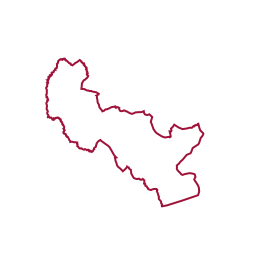 Bawku Municipal, Upper East, Ghana, rotated 147°
{"feature_id": "2480657B67017614982997", "entity_name": "Bawku Municipal", "entity_type": "district", "adm_level": 2, "iso_a3": "GHA", "parent_name": "Ghana", "parent_adm1": "Upper East", "projection": "robinson", "projection_center": [-0.204, 11.042], "detail": "fine", "context": "isolated", "style": "outline", "palette": "rose", "viewbox_px": 256, "rotation_deg": 147, "n_neighbors": 0, "source": "geoboundaries", "source_scale": "gbopen_adm2", "svg_char_len": 5958}
<svg xmlns="http://www.w3.org/2000/svg" viewBox="0 0 256 256"><g transform="rotate(147 128 128)"><path d="M165.3,214.2L166.3,214.0L166.9,214.1L167.0,213.4L166.9,213.1L167.7,213.0L167.6,212.4L168.1,212.0L169.0,212.1L169.1,211.8L168.8,211.6L169.1,211.4L169.4,211.6L169.3,211.2L169.8,210.9L170.0,210.5L170.3,210.5L170.3,209.9L170.6,210.0L170.9,209.3L171.3,209.6L171.4,208.9L172.2,208.4L173.2,206.8L174.4,206.6L174.9,206.1L175.4,204.0L177.6,200.8L178.4,200.5L179.7,198.0L179.5,197.7L179.0,197.7L179.7,195.0L180.3,194.8L180.3,195.0L180.7,195.1L180.8,194.4L182.8,193.5L183.3,192.7L183.5,191.6L184.1,190.3L185.0,189.5L186.1,187.8L185.9,186.9L186.2,186.1L186.2,185.6L186.4,185.3L187.0,185.1L187.8,184.4L188.0,183.6L187.8,182.2L187.9,181.8L189.3,180.9L189.3,180.6L188.1,180.3L187.9,179.1L186.8,178.7L186.6,176.9L186.8,176.4L186.6,176.0L186.3,176.4L186.0,176.0L185.8,176.8L185.3,176.8L185.2,176.2L184.7,176.1L184.4,175.6L183.8,176.0L183.3,175.9L183.0,175.6L182.6,175.7L182.2,175.3L181.8,175.3L181.7,175.0L181.2,175.0L180.7,174.5L180.8,174.0L180.7,173.6L180.3,173.5L180.1,173.0L180.3,172.4L179.8,171.8L180.0,171.6L180.3,171.7L180.2,171.2L180.7,170.7L180.7,170.2L180.3,170.3L180.2,169.0L180.4,167.9L180.6,167.5L180.9,167.4L181.1,167.0L180.5,166.1L181.0,165.5L180.8,164.7L180.8,163.8L181.7,162.8L182.5,162.6L182.3,161.9L182.3,161.4L182.6,161.4L182.7,161.2L182.3,160.8L182.4,160.5L183.1,160.4L183.7,159.9L184.3,159.8L184.3,159.3L184.7,159.2L184.9,158.7L184.7,158.1L183.7,157.0L183.9,156.8L183.7,156.3L184.1,155.4L183.9,154.9L184.2,154.5L184.1,154.0L183.7,154.0L183.7,153.4L183.3,153.0L183.8,149.6L183.6,148.5L184.0,147.7L182.6,147.2L180.6,145.1L179.7,144.6L178.5,143.5L179.1,143.0L179.3,142.7L179.1,142.4L179.1,141.9L179.9,141.3L180.0,140.7L180.4,140.3L179.9,139.6L180.0,138.2L179.6,137.1L179.2,136.8L178.8,136.8L178.0,136.2L177.9,135.4L177.0,134.1L176.5,133.7L175.7,133.8L174.6,132.2L174.5,131.7L173.3,131.6L172.7,130.7L173.1,130.5L173.3,129.6L172.9,129.2L172.3,129.0L172.1,128.6L171.9,128.9L171.6,128.9L171.1,127.7L170.2,127.6L168.5,128.7L168.0,128.6L167.8,129.3L166.9,129.8L165.6,129.6L165.0,129.9L164.3,130.9L163.5,131.2L162.9,132.0L161.6,132.6L159.8,133.1L158.5,133.1L157.6,132.9L157.6,132.1L154.3,123.7L153.9,121.8L154.4,113.3L154.4,111.9L153.9,109.7L155.1,110.2L156.4,107.0L156.9,104.3L157.5,103.1L157.5,101.0L156.5,97.9L155.9,94.5L152.4,95.1L150.2,95.7L149.8,96.1L149.4,95.0L148.9,94.6L148.9,94.3L149.1,94.1L149.1,93.0L148.4,91.3L150.1,87.9L150.4,83.0L148.8,80.7L147.6,79.9L146.4,79.6L146.0,78.9L146.0,78.3L145.5,77.7L144.7,77.2L144.1,77.2L143.9,77.0L143.4,77.2L142.8,75.2L143.6,74.0L144.8,72.7L144.8,72.4L144.0,72.1L144.1,71.4L144.9,70.2L144.8,69.8L144.1,68.9L144.3,67.3L144.0,66.8L144.3,66.1L144.2,65.5L142.5,63.4L141.3,63.3L139.5,62.8L137.5,61.5L137.5,60.8L137.2,60.7L137.1,60.3L137.1,60.0L138.3,59.1L138.7,56.2L139.1,55.7L139.3,54.8L139.3,54.0L139.9,53.3L140.1,52.6L140.4,52.3L140.8,51.6L140.3,48.6L140.4,48.1L141.1,47.1L141.2,46.6L141.0,45.9L141.2,45.0L141.8,44.7L142.2,43.9L141.6,43.5L137.2,41.8L121.3,37.4L105.9,33.5L103.0,35.8L101.4,38.7L100.9,40.0L100.6,41.8L100.5,44.1L100.6,47.9L100.4,48.9L98.1,50.2L97.9,51.1L97.5,51.8L97.3,52.8L98.1,54.0L99.6,55.5L101.3,56.8L105.8,58.5L107.7,58.9L108.6,60.1L108.7,62.0L109.2,64.0L109.5,66.3L109.0,67.7L108.2,68.5L107.5,70.0L104.5,70.4L102.4,71.2L99.3,71.7L93.5,73.5L89.5,72.8L88.7,73.0L84.6,76.0L78.1,76.0L76.8,76.5L72.5,80.0L69.7,80.9L68.0,82.0L67.8,82.7L68.7,86.5L68.1,89.2L66.7,93.3L67.0,93.4L67.7,92.8L68.0,93.0L68.3,92.7L69.2,93.2L69.4,93.5L70.5,93.8L71.1,93.4L71.4,93.6L71.8,93.4L72.1,93.9L74.4,93.4L76.2,94.7L78.8,95.5L82.9,97.4L85.3,100.9L87.4,105.6L89.9,104.5L92.3,104.1L92.9,102.2L93.6,101.7L94.1,101.6L94.9,102.5L95.5,101.1L95.9,99.6L96.9,97.5L98.1,97.5L98.5,98.3L102.0,99.8L104.1,102.3L106.8,108.1L107.2,110.4L107.2,113.3L105.8,119.1L105.6,120.7L101.7,124.0L102.6,127.8L104.6,128.3L105.3,128.9L106.3,130.0L106.4,131.7L105.6,133.5L108.0,133.9L109.8,135.1L113.4,137.1L115.2,137.2L117.3,137.9L118.6,139.8L120.1,142.8L120.7,143.1L120.9,143.6L121.2,144.4L121.9,145.0L123.2,145.1L124.1,145.6L124.8,146.0L125.3,146.8L125.2,148.4L124.4,149.5L125.2,151.0L126.0,151.2L126.1,151.6L126.7,151.7L127.0,152.3L127.3,152.0L127.5,152.6L127.1,153.1L130.6,154.5L133.0,154.7L135.6,155.2L136.6,155.8L137.5,155.8L138.6,155.5L140.4,155.9L140.3,157.0L140.7,160.5L140.6,161.2L139.6,163.6L139.7,165.2L139.1,167.0L138.6,167.6L137.6,170.3L136.5,172.0L136.7,172.4L134.4,172.2L133.9,172.7L134.3,173.3L135.1,175.1L138.3,178.3L138.7,179.1L140.0,179.8L140.8,181.0L142.0,181.9L142.7,183.0L143.2,184.2L145.8,186.2L143.9,188.4L142.5,190.4L139.7,191.9L138.9,192.1L137.5,191.9L136.5,192.2L135.1,192.3L133.8,192.8L133.7,193.1L133.0,193.5L133.3,194.6L132.6,194.8L132.9,194.8L132.9,195.0L133.1,195.3L132.5,195.5L132.6,195.9L132.0,196.0L131.9,196.8L131.6,196.9L131.5,197.3L131.9,197.6L131.3,198.6L131.3,199.2L131.0,199.6L131.1,199.8L130.5,199.9L130.4,200.4L130.2,200.6L130.4,201.0L130.2,201.2L130.3,201.4L130.1,201.5L130.3,201.8L130.2,202.2L130.6,203.7L130.3,204.0L130.5,204.3L130.6,204.8L130.5,205.0L130.2,204.9L130.2,205.3L130.4,205.2L130.5,205.3L130.2,205.5L129.7,206.0L129.7,206.3L130.3,206.5L130.7,207.0L130.8,207.9L131.1,208.4L130.8,209.1L131.1,209.4L131.1,210.2L131.4,211.3L134.6,211.0L136.5,211.2L140.5,210.8L141.4,212.2L141.0,213.3L142.0,214.2L142.1,215.4L142.5,216.6L142.5,217.3L142.8,218.0L143.2,218.3L143.0,218.6L143.6,219.2L143.2,220.5L143.6,220.9L143.9,220.8L144.3,221.1L144.8,220.9L145.3,221.1L145.8,220.9L146.0,221.2L145.9,221.8L146.5,222.1L146.7,221.8L147.0,221.8L147.5,222.5L149.6,222.3L150.4,221.9L150.5,221.4L150.9,221.0L151.5,220.9L151.8,220.5L152.7,220.4L152.8,219.9L153.1,219.7L153.6,219.1L153.9,218.3L155.2,217.1L155.9,217.4L156.2,217.4L156.9,216.5L157.1,217.0L157.7,216.5L159.1,216.3L159.5,215.6L160.3,215.3L161.3,215.9L161.6,215.7L162.0,215.9L162.4,215.3L162.6,214.8L162.5,214.4L163.0,214.0L163.6,214.2L164.1,213.7L164.9,213.7L164.6,214.8L164.8,214.9L165.3,214.2Z" fill="none" stroke="#9f1239" stroke-width="2"/></g></svg>